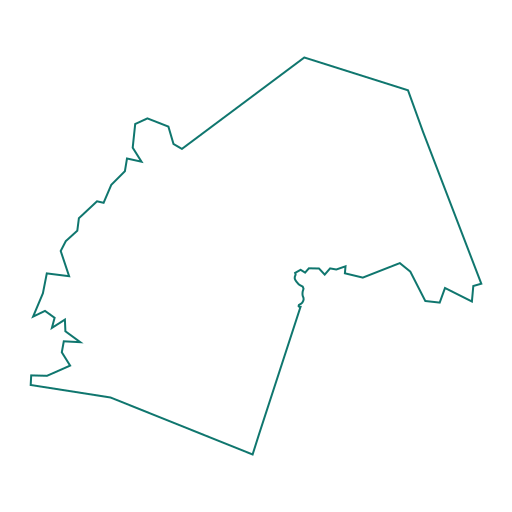 outline of Butler, Kentucky, United States of America
{"feature_id": "52423323B68914113010004", "entity_name": "Butler", "entity_type": "district", "adm_level": 2, "iso_a3": "USA", "parent_name": "United States of America", "parent_adm1": "Kentucky", "projection": "robinson", "projection_center": [-86.694, 37.197], "detail": "fine", "context": "isolated", "style": "outline", "palette": "teal", "viewbox_px": 512, "rotation_deg": 0, "n_neighbors": 0, "source": "geoboundaries", "source_scale": "gbopen_adm2", "svg_char_len": 1112}
<svg xmlns="http://www.w3.org/2000/svg" viewBox="0 0 512 512"><path d="M423.0,131.8L408.0,90.3L304.3,57.5L181.9,148.9L173.5,144.0L168.4,126.6L147.4,118.4L135.2,124.0L132.7,147.7L141.5,161.7L127.0,158.5L124.9,171.2L111.3,184.8L103.6,202.8L97.0,201.3L78.9,218.2L77.3,230.7L65.8,241.1L60.7,251.0L69.1,276.2L46.8,273.4L42.9,293.3L33.1,316.6L45.0,310.9L54.6,317.8L51.9,327.9L64.9,319.6L65.4,331.3L80.3,342.2L63.8,341.3L61.8,352.3L70.1,365.6L47.0,375.8L31.2,375.4L30.7,385.0L110.5,397.5L252.6,454.5L259.0,434.3L300.5,306.9L299.4,306.9L298.6,306.1L298.9,305.0L300.2,304.2L301.1,303.7L302.3,302.6L303.3,300.7L303.6,299.5L303.5,297.9L302.7,295.8L302.5,294.5L302.5,293.0L302.7,291.4L303.3,289.5L303.5,288.6L302.7,286.6L299.7,285.0L298.6,284.2L296.3,281.5L295.4,280.1L294.8,278.8L294.7,277.9L294.9,276.4L295.4,275.3L295.6,274.2L295.1,272.9L300.6,269.8L305.1,272.6L308.9,268.3L319.0,268.5L324.7,274.6L330.1,268.4L336.3,269.5L345.5,266.3L344.9,273.3L362.8,277.6L399.8,263.1L410.3,271.6L425.3,301.0L439.7,302.6L445.0,288.0L471.9,301.5L473.3,286.0L481.3,283.7L423.0,131.8Z" fill="none" stroke="#0f766e" stroke-width="2"/></svg>